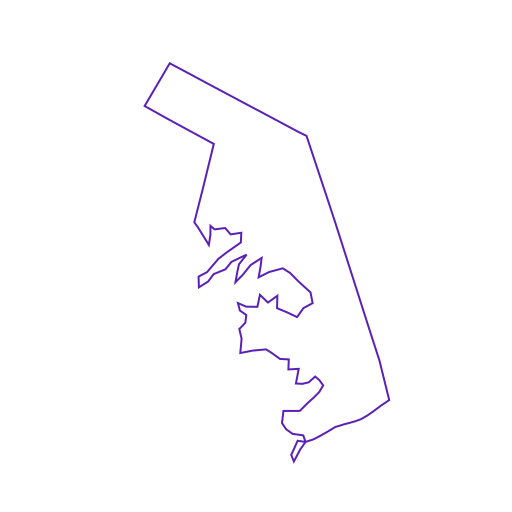 Miguel Leão, Piauí, Brazil, rotated 44°
{"feature_id": "56859067B33097210758811", "entity_name": "Miguel Leão", "entity_type": "district", "adm_level": 2, "iso_a3": "BRA", "parent_name": "Brazil", "parent_adm1": "Piauí", "projection": "equal_earth", "projection_center": [-42.679, -5.71], "detail": "fine", "context": "isolated", "style": "outline", "palette": "violet", "viewbox_px": 512, "rotation_deg": 44, "n_neighbors": 0, "source": "geoboundaries", "source_scale": "gbopen_adm2", "svg_char_len": 1435}
<svg xmlns="http://www.w3.org/2000/svg" viewBox="0 0 512 512"><g transform="rotate(44 256 256)"><path d="M420.8,355.3L424.7,348.0L427.3,340.2L429.4,333.0L431.8,324.0L436.1,316.2L441.8,306.7L444.9,300.4L446.9,293.4L448.5,285.1L449.8,277.0L451.9,267.1L417.5,245.5L383.8,227.5L291.1,177.6L266.8,164.8L208.9,134.5L199.3,137.6L193.2,139.3L121.3,159.9L60.1,177.3L71.7,225.5L99.2,218.2L147.8,204.7L171.0,244.5L188.2,274.6L194.7,275.8L214.4,280.8L208.6,272.6L202.3,265.9L207.7,265.6L214.4,257.3L222.7,258.1L229.3,249.5L235.7,256.8L232.5,273.4L230.9,284.1L232.0,301.6L229.0,310.7L236.7,318.2L239.3,307.6L238.1,298.4L243.3,286.8L242.4,277.3L245.6,268.6L248.3,261.6L249.5,273.8L253.6,280.4L259.4,289.1L259.6,279.3L258.4,266.3L261.4,253.5L266.6,260.4L272.7,269.5L276.5,258.5L283.8,246.3L292.3,244.5L304.2,244.8L320.5,244.3L329.5,250.6L326.3,260.5L328.0,271.4L317.6,274.9L307.4,278.9L299.0,269.8L296.9,281.2L285.8,281.2L292.3,291.6L284.1,299.3L275.7,302.4L282.3,306.4L290.0,305.2L294.7,311.4L294.7,320.1L303.1,325.5L312.1,336.7L319.3,326.4L328.1,316.2L334.2,314.9L344.7,313.4L351.4,307.6L358.1,315.1L365.1,307.5L373.3,320.0L378.2,315.7L381.7,310.2L382.3,301.6L387.8,301.3L394.2,302.4L396.0,309.9L395.9,317.4L395.3,326.0L395.1,337.0L383.4,348.4L390.7,358.1L398.1,359.7L405.9,358.5L414.6,352.2L420.8,355.3ZM426.0,377.5L422.2,364.5L420.8,355.3L414.3,360.0L417.2,368.0L419.5,374.6L426.0,377.5Z" fill="none" stroke="#5b21b6" stroke-width="2"/></g></svg>